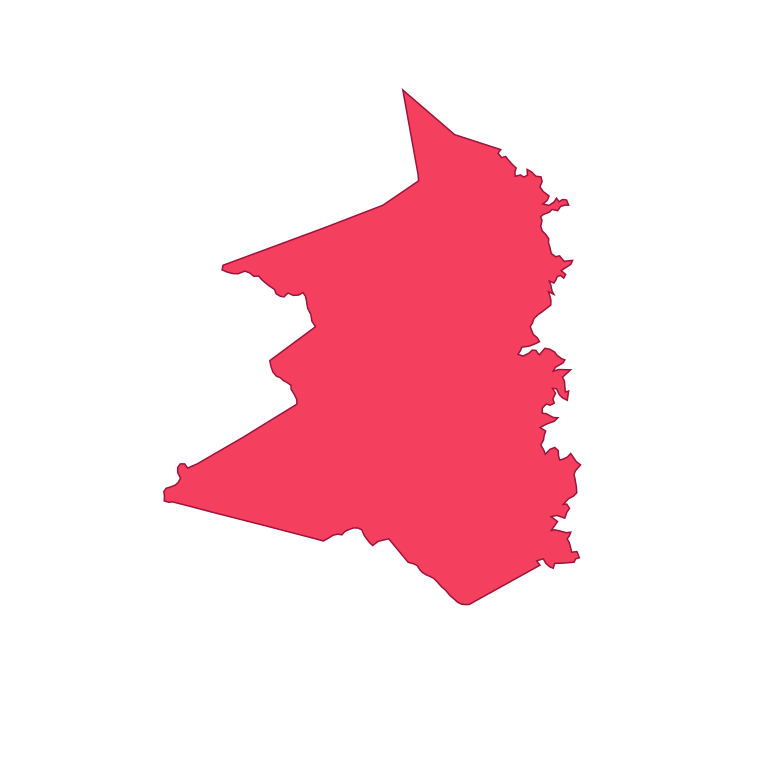 Caridade, Ceará, Brazil, rotated 331°
{"feature_id": "56859067B82904278337495", "entity_name": "Caridade", "entity_type": "district", "adm_level": 2, "iso_a3": "BRA", "parent_name": "Brazil", "parent_adm1": "Ceará", "projection": "orthographic", "projection_center": [-39.078, -4.195], "detail": "fine", "context": "isolated", "style": "filled", "palette": "rose", "viewbox_px": 768, "rotation_deg": 331, "n_neighbors": 0, "source": "geoboundaries", "source_scale": "gbopen_adm2", "svg_char_len": 3531}
<svg xmlns="http://www.w3.org/2000/svg" viewBox="0 0 768 768"><g transform="rotate(331 384 384)"><path d="M297.7,205.7L301.3,210.3L305.5,214.3L310.0,216.9L317.1,217.8L320.4,221.8L322.3,226.6L326.7,228.9L327.6,233.3L329.3,238.0L331.3,242.8L334.1,248.2L333.4,252.9L335.8,256.9L338.7,259.3L344.2,257.9L347.6,262.5L352.4,264.8L357.4,264.8L357.9,269.0L356.5,273.8L355.1,277.3L353.9,281.4L353.7,287.9L351.4,293.9L351.8,300.7L295.4,308.2L293.5,314.4L292.7,319.7L293.7,325.0L296.4,328.3L297.6,332.1L299.8,335.5L302.0,340.1L300.2,343.6L300.5,349.7L300.2,355.2L298.1,359.4L233.8,362.3L182.0,363.3L171.5,362.3L170.9,357.2L167.0,355.1L163.1,357.0L160.6,361.4L160.4,367.7L156.2,370.4L152.4,371.2L147.8,370.6L142.9,369.6L139.3,371.3L137.6,375.7L135.1,379.7L138.5,383.2L141.8,384.5L152.8,394.8L170.9,412.2L189.9,430.1L207.0,446.2L250.4,487.5L254.8,491.9L259.6,491.9L266.2,491.6L270.8,492.9L274.0,495.5L278.5,494.0L283.3,494.4L287.2,495.0L291.1,497.1L293.9,500.7L293.3,507.0L293.9,512.0L294.7,516.4L295.8,519.8L302.7,518.8L307.8,520.2L313.1,521.7L318.7,551.7L322.7,555.5L325.1,559.0L325.2,563.6L326.3,567.6L328.4,571.4L331.2,574.9L333.2,577.9L334.5,582.3L336.1,589.6L337.9,594.0L339.1,600.9L340.5,604.5L342.5,610.4L345.1,614.2L348.3,616.4L351.5,618.1L410.7,618.1L432.5,618.1L431.9,612.7L438.6,614.1L438.6,619.4L440.3,624.2L442.7,627.2L446.4,623.6L452.7,627.0L459.6,630.1L463.9,632.0L466.9,629.9L470.6,630.7L471.5,624.1L466.6,622.1L468.3,616.2L469.2,612.1L469.1,608.3L472.5,606.6L475.5,604.1L471.3,602.4L466.0,597.2L462.6,594.3L459.3,593.2L469.1,588.4L465.8,581.0L471.4,582.7L477.1,589.0L481.5,585.0L486.0,582.7L485.6,577.6L482.4,576.2L489.7,573.8L495.5,573.9L499.9,572.6L502.4,567.2L505.2,559.2L506.2,555.5L509.1,552.8L516.7,550.0L514.6,545.2L513.6,535.3L509.1,536.8L504.3,536.5L500.9,535.7L501.7,531.7L504.1,526.7L502.6,522.3L497.5,521.6L491.1,523.6L491.7,518.8L491.6,513.3L496.3,510.4L499.2,506.6L502.6,503.5L499.4,497.8L506.2,497.8L515.0,499.1L519.7,497.8L515.8,495.3L513.5,491.7L511.6,488.6L508.3,486.3L510.8,481.8L516.3,480.2L519.0,483.1L523.6,483.3L524.5,478.9L529.5,475.3L529.3,469.5L532.5,471.8L532.2,478.4L533.3,482.5L536.4,487.1L539.6,482.9L542.1,479.6L538.7,479.0L541.0,473.8L543.2,469.0L543.4,464.6L554.1,462.1L543.8,456.0L538.2,454.8L542.1,452.5L550.9,452.3L553.9,450.6L551.6,448.0L549.3,442.8L548.6,438.5L546.0,434.1L542.1,430.8L533.9,433.8L533.1,428.2L530.1,426.2L525.8,427.3L519.2,427.0L515.6,423.0L519.4,421.0L522.3,418.6L529.1,421.2L535.3,422.1L540.5,422.4L540.5,418.0L538.6,413.1L539.2,408.1L539.8,404.6L543.2,402.8L546.9,399.4L552.9,397.9L556.8,397.6L568.2,395.8L570.7,391.5L571.8,387.0L572.6,383.0L576.0,387.9L576.0,384.3L577.9,378.3L578.5,374.1L581.5,378.1L584.7,376.4L587.4,374.1L590.9,374.5L592.5,378.5L596.0,376.3L593.9,370.8L598.2,370.4L605.4,369.9L608.8,367.3L601.0,364.0L599.7,357.0L595.8,355.9L593.6,351.0L595.3,345.1L596.4,340.1L598.5,336.9L598.0,331.9L596.6,326.7L597.6,322.0L601.5,317.6L602.1,313.7L605.5,313.0L612.1,313.9L615.6,312.8L619.9,316.6L624.5,314.3L629.0,315.3L632.2,317.1L632.9,311.6L629.6,309.2L625.5,309.4L624.9,305.1L620.9,307.3L614.9,307.8L610.3,303.6L615.9,302.5L619.5,299.6L616.5,292.7L616.0,287.2L620.5,283.5L621.7,278.9L617.6,275.9L615.9,270.1L613.2,265.7L610.7,271.0L606.5,270.7L604.7,267.3L599.5,266.0L601.0,262.4L604.3,259.1L602.7,254.3L601.4,248.5L600.7,244.0L596.6,243.0L595.7,237.4L599.7,235.6L569.6,203.3L566.7,200.2L544.9,141.3L543.0,136.0L541.2,141.3L515.4,217.2L512.7,223.1L469.6,227.1L407.3,218.4L300.7,202.1L297.7,205.7Z" fill="#f43f5e" stroke="#9f1239" stroke-width="1.5"/></g></svg>